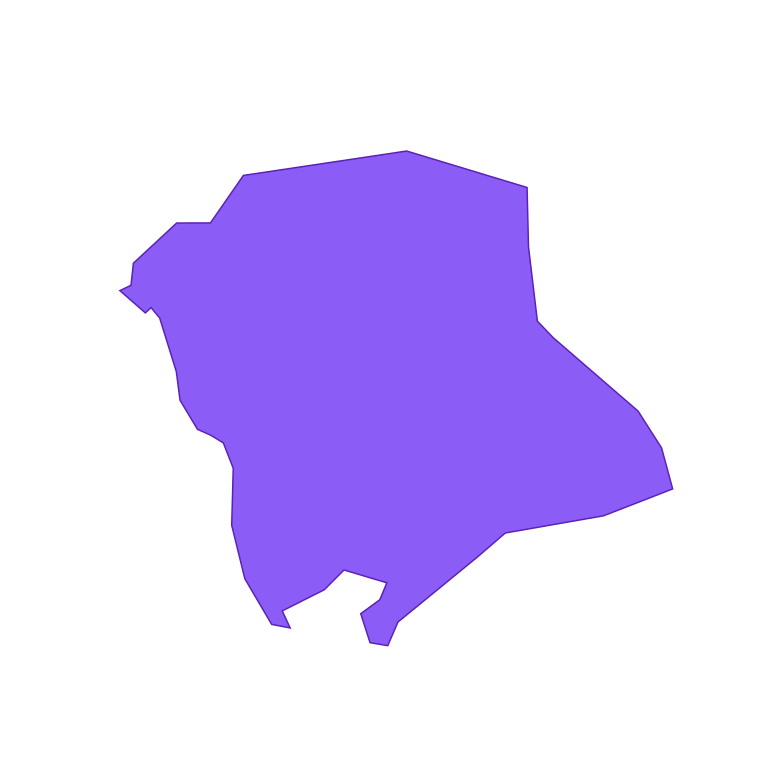 the district of Schoharie, New York, United States of America, rotated 145°
{"feature_id": "52423323B40222754422720", "entity_name": "Schoharie", "entity_type": "district", "adm_level": 2, "iso_a3": "USA", "parent_name": "United States of America", "parent_adm1": "New York", "projection": "natural_earth1", "projection_center": [-74.351, 42.592], "detail": "fine", "context": "isolated", "style": "filled", "palette": "violet", "viewbox_px": 768, "rotation_deg": 145, "n_neighbors": 0, "source": "geoboundaries", "source_scale": "gbopen_adm2", "svg_char_len": 651}
<svg xmlns="http://www.w3.org/2000/svg" viewBox="0 0 768 768"><g transform="rotate(145 384 384)"><path d="M600.8,238.0L597.5,256.5L550.8,249.7L523.5,254.6L495.7,219.5L511.1,209.7L534.8,209.2L543.8,180.1L531.0,167.5L509.1,181.0L406.6,188.7L370.1,192.4L279.7,150.1L207.7,132.5L193.3,172.4L191.4,216.0L218.9,325.1L222.3,347.5L187.0,413.4L154.1,462.9L231.9,561.9L379.5,635.5L433.8,615.5L461.5,634.8L520.0,626.7L534.6,610.0L546.8,612.0L538.7,579.1L531.0,580.2L529.9,566.7L547.0,513.3L560.4,487.7L562.8,453.8L555.4,441.6L549.4,427.9L555.8,401.5L589.8,355.6L609.7,304.3L613.9,251.5L600.8,238.0Z" fill="#8b5cf6" stroke="#5b21b6" stroke-width="1.5"/></g></svg>